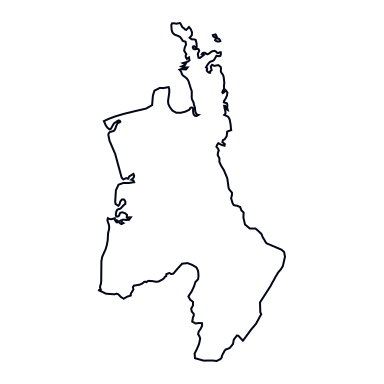 outline of Waikato
{"feature_id": "NZL-5468", "entity_name": "Waikato", "entity_type": "Regional Council", "adm_level": 1, "iso_a3": "NZL", "parent_name": "New Zealand", "parent_adm1": "", "projection": "robinson", "projection_center": [175.468, -37.886], "detail": "fine", "context": "isolated", "style": "outline", "palette": "ink", "viewbox_px": 384, "rotation_deg": 0, "n_neighbors": 0, "source": "natural_earth", "source_scale": "10m", "svg_char_len": 5941}
<svg xmlns="http://www.w3.org/2000/svg" viewBox="0 0 384 384"><path d="M99.0,290.3L99.2,289.9L100.7,289.5L100.0,287.4L100.3,285.6L100.9,283.8L101.2,281.7L101.4,261.1L102.3,256.6L105.7,249.0L106.9,244.8L107.7,240.2L108.1,233.1L109.1,228.9L109.2,226.4L108.7,224.2L107.9,222.0L107.4,220.0L107.9,218.2L109.4,219.0L111.3,219.2L113.1,218.8L114.7,218.2L114.8,219.5L115.3,220.7L116.0,221.6L116.6,222.3L117.2,222.3L117.2,220.6L118.7,221.7L120.0,223.2L121.4,224.1L123.4,223.1L122.6,222.6L120.6,220.6L123.2,219.6L126.3,220.0L129.0,219.8L130.8,217.3L129.0,217.3L128.2,217.5L127.4,218.2L126.7,217.3L127.0,214.9L125.0,213.2L122.3,212.3L120.3,212.8L119.5,214.2L119.2,215.4L118.5,216.2L116.9,216.6L116.0,215.8L115.8,214.1L116.2,212.1L116.6,210.8L117.5,209.6L118.3,209.2L119.3,209.0L120.6,208.5L123.7,205.1L125.3,204.0L125.4,201.7L124.2,199.6L122.0,199.4L120.3,201.5L119.5,204.3L118.3,205.8L115.5,203.9L115.2,201.7L115.9,190.3L118.5,184.7L123.2,183.0L128.8,183.0L134.1,182.2L133.7,181.1L133.1,180.4L132.3,179.9L131.4,179.7L132.7,178.7L133.8,177.3L134.1,175.7L133.4,173.9L129.3,176.4L128.9,176.9L128.5,178.3L128.0,178.8L127.6,178.7L127.0,178.3L126.3,178.1L123.3,179.4L121.6,177.5L115.2,154.0L109.5,140.7L108.4,135.2L108.4,134.0L109.3,132.5L110.4,131.8L113.3,131.1L114.4,130.4L115.5,128.2L116.4,125.5L117.7,123.1L120.0,122.2L120.3,121.7L119.8,120.8L118.7,120.4L117.4,121.0L116.4,121.8L114.5,123.0L113.7,123.8L110.9,128.7L109.5,129.4L107.3,127.6L105.8,125.4L103.9,121.1L109.1,118.7L115.6,116.3L124.1,113.8L134.8,111.2L146.0,108.6L152.1,105.1L152.9,95.7L154.4,90.7L159.9,87.9L163.4,88.1L168.6,87.1L169.1,88.5L169.3,90.2L169.2,93.0L168.0,101.3L168.4,104.1L169.6,106.7L171.1,108.9L172.6,110.7L176.2,112.7L180.6,112.8L185.2,111.7L189.0,109.9L189.8,109.1L190.1,108.3L190.6,107.7L192.0,107.5L192.8,108.0L193.1,109.3L193.1,112.0L193.6,114.3L194.9,115.8L196.6,116.0L198.5,114.9L196.9,114.5L195.9,113.2L195.3,111.4L194.9,107.6L193.9,104.5L193.7,102.9L192.0,99.3L191.7,97.6L191.8,91.3L191.3,89.8L190.9,88.8L188.6,81.4L187.9,80.0L186.9,78.6L185.7,77.5L183.2,75.7L182.2,74.6L181.6,73.3L181.3,72.1L180.7,70.9L179.5,69.7L181.6,69.0L183.9,69.4L186.1,69.4L187.6,67.4L184.3,67.4L182.8,67.2L181.4,66.5L182.7,66.0L183.9,65.7L184.9,65.2L185.6,64.0L184.7,64.0L182.9,63.1L187.8,61.7L189.5,60.3L189.0,57.4L187.4,58.4L186.9,59.0L186.2,57.9L185.7,56.6L185.7,55.4L186.3,54.2L184.1,50.6L184.8,47.4L186.0,44.5L185.6,41.8L184.7,41.4L183.6,41.2L182.6,40.8L182.2,39.7L181.9,39.4L180.1,37.0L178.3,36.0L174.6,34.6L173.0,33.2L172.1,31.6L171.6,29.6L171.3,25.0L172.1,23.3L174.1,23.3L176.6,23.7L179.9,23.0L180.5,23.6L181.0,24.6L181.6,25.7L182.0,26.6L182.2,27.0L182.6,27.4L183.4,27.8L185.4,29.7L186.4,29.8L189.0,27.0L190.8,29.2L192.0,32.3L191.8,35.3L189.6,37.7L191.7,39.3L194.0,39.4L195.7,39.9L196.5,43.1L196.7,46.1L196.5,47.7L195.4,47.2L194.1,46.2L193.2,46.4L192.8,47.4L193.4,48.8L194.6,49.3L197.4,48.9L198.5,49.2L199.2,50.6L198.8,51.8L198.1,53.0L197.8,54.2L198.5,57.7L199.9,58.0L203.9,54.9L202.5,54.3L201.9,54.2L202.6,53.1L203.8,52.7L205.2,52.9L206.3,53.7L207.5,54.3L209.0,53.6L211.4,51.7L213.2,51.0L214.7,50.9L215.9,51.5L217.2,52.9L218.3,53.1L219.7,52.3L220.7,52.2L220.9,54.2L220.4,55.8L219.4,56.2L216.5,55.8L216.1,56.4L214.1,59.9L212.9,60.8L210.3,61.7L209.1,62.7L207.5,64.8L206.0,67.4L207.2,68.3L207.1,69.2L206.7,70.0L207.0,71.0L208.1,72.1L209.3,72.8L210.1,72.7L210.0,71.4L211.6,70.2L210.8,66.4L212.1,64.8L214.3,65.9L218.3,65.1L220.6,66.9L221.0,68.2L220.8,71.3L221.3,72.6L222.8,74.6L223.2,75.5L223.7,77.1L224.3,82.8L223.9,86.6L224.0,87.3L224.1,88.5L223.5,89.8L222.7,91.1L222.3,92.3L222.8,93.1L223.8,92.5L225.0,91.2L225.6,90.2L227.4,92.5L227.0,95.5L225.6,98.6L223.9,101.3L223.8,102.3L224.8,102.7L226.1,103.0L227.0,103.4L227.3,104.9L227.2,108.3L227.7,109.9L226.7,109.3L226.0,108.3L225.4,107.1L225.0,105.8L224.2,105.8L224.7,108.8L225.4,111.4L225.5,113.5L224.2,114.9L227.6,116.4L228.7,117.5L229.7,119.7L230.6,124.4L231.0,129.2L231.2,130.1L227.2,131.6L226.7,136.1L224.7,139.3L222.9,140.1L222.4,142.2L224.8,144.1L224.5,145.7L221.2,144.8L218.3,143.2L217.1,144.9L216.4,146.8L217.7,148.2L218.8,150.4L218.0,152.4L217.7,155.1L219.4,158.4L219.4,162.0L221.4,166.2L223.8,170.0L227.3,178.3L228.6,188.0L229.3,189.5L232.0,192.7L231.9,195.4L231.1,198.1L232.6,203.2L233.7,205.1L235.3,205.5L237.0,205.7L240.2,207.1L241.4,210.4L243.6,212.5L243.4,217.6L245.0,224.5L249.8,228.5L255.4,228.5L257.7,230.4L261.4,233.9L262.7,237.2L264.4,239.9L265.4,241.8L266.5,243.3L281.5,249.7L284.1,252.0L285.0,256.7L282.8,266.2L280.8,269.4L278.1,272.5L276.7,275.0L275.5,276.8L273.7,280.3L272.3,282.7L270.4,286.3L260.0,302.4L260.3,312.2L261.2,314.2L256.0,323.8L251.0,329.7L245.3,337.5L242.9,340.7L238.4,335.8L236.9,335.5L233.8,339.6L233.0,344.0L232.5,344.4L232.2,345.0L229.6,348.1L225.7,349.5L224.5,350.8L223.8,352.4L222.8,354.0L222.0,355.8L221.6,357.7L220.4,359.1L216.6,361.0L212.5,360.5L203.5,360.6L195.0,358.2L194.6,353.5L196.9,349.1L199.0,344.1L200.2,338.6L199.4,336.2L198.1,334.2L198.7,331.5L200.4,329.2L202.1,325.8L202.0,323.2L198.9,323.0L195.7,323.5L192.2,321.6L193.0,317.2L193.8,315.7L193.7,313.8L191.8,311.6L191.2,308.7L193.0,305.4L193.0,301.9L190.1,299.6L188.4,296.4L191.8,291.2L194.1,286.2L195.3,282.2L198.1,279.2L198.5,276.0L198.4,274.4L198.1,270.9L196.4,267.4L192.2,264.9L187.5,263.1L182.1,263.7L177.0,269.3L173.3,273.7L171.2,274.0L169.3,273.0L166.4,274.1L166.2,276.1L165.2,276.6L164.6,277.2L164.2,278.0L162.6,279.4L158.6,281.5L156.3,281.8L152.3,281.1L148.3,280.9L147.2,281.5L146.4,282.2L145.3,281.7L144.2,281.9L142.1,283.6L139.9,284.6L133.8,285.7L132.9,287.2L133.4,289.5L131.0,293.4L130.7,294.4L130.8,295.5L127.1,296.7L123.7,298.7L120.9,297.0L119.1,295.1L118.0,294.1L116.6,293.7L114.6,294.3L106.0,293.7L99.0,290.3ZM220.3,41.0L219.1,41.5L217.8,41.5L217.4,41.5L216.6,41.2L215.4,40.6L215.1,40.2L215.2,39.8L215.7,38.9L215.7,38.6L215.7,38.1L215.5,37.7L214.9,37.2L214.1,37.0L213.3,36.5L212.8,35.2L215.5,34.4L216.2,35.4L217.3,38.5L218.4,38.6L219.2,39.1L219.8,39.9L220.3,41.0Z" fill="none" stroke="#020617" stroke-width="2"/></svg>